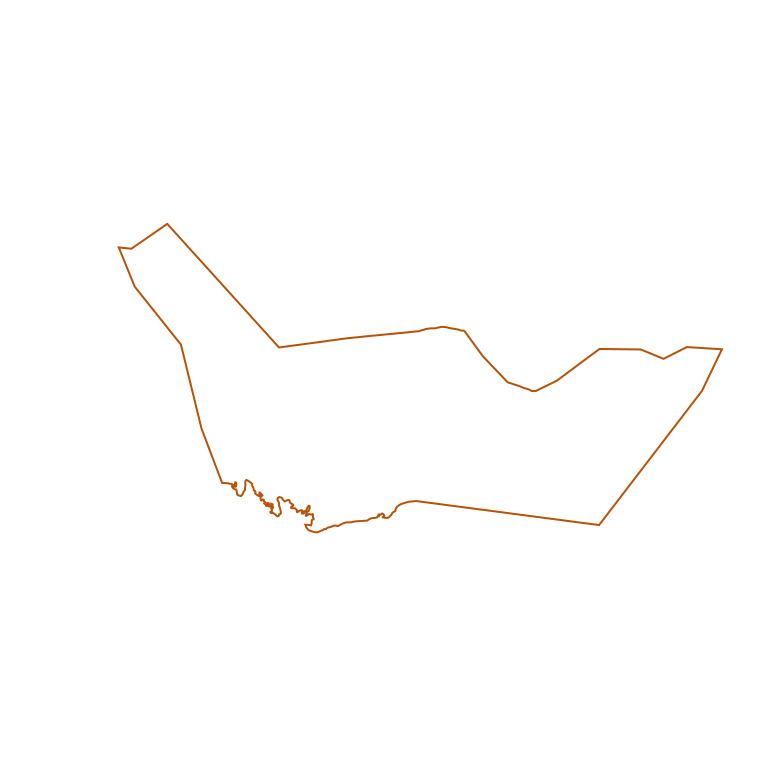 Ulaangom, Uvs, Mongolia, rotated 113°
{"feature_id": "93677404B81994197463432", "entity_name": "Ulaangom", "entity_type": "district", "adm_level": 2, "iso_a3": "MNG", "parent_name": "Mongolia", "parent_adm1": "Uvs", "projection": "albers", "projection_center": [92.268, 50.307], "detail": "fine", "context": "isolated", "style": "outline", "palette": "amber", "viewbox_px": 768, "rotation_deg": 113, "n_neighbors": 0, "source": "geoboundaries", "source_scale": "gbopen_adm2", "svg_char_len": 4423}
<svg xmlns="http://www.w3.org/2000/svg" viewBox="0 0 768 768"><g transform="rotate(113 384 384)"><path d="M220.0,86.5L231.7,119.7L251.6,136.5L251.9,161.2L267.6,199.4L313.4,226.2L331.1,241.5L332.3,244.0L332.7,245.6L332.4,248.5L332.5,250.1L333.0,252.9L333.1,258.5L334.1,270.9L319.7,304.1L303.8,330.6L303.8,331.8L304.7,333.8L304.9,337.2L306.9,345.5L307.3,348.6L308.9,353.4L312.9,358.9L314.4,362.6L316.1,365.4L317.0,366.9L318.8,368.9L319.5,370.0L321.6,372.2L345.6,416.3L356.3,435.8L391.4,494.9L321.3,646.1L358.2,669.4L361.9,681.5L391.8,651.5L427.1,586.3L496.4,534.5L538.9,493.8L538.3,494.4L537.8,492.9L537.3,491.6L536.5,489.4L536.2,487.6L535.5,485.1L535.9,483.9L536.2,482.9L535.3,482.1L534.2,482.2L532.6,482.4L532.6,481.6L534.3,480.7L536.1,480.2L536.8,481.1L537.0,482.7L537.3,483.9L537.9,483.8L538.5,483.0L538.9,482.1L539.2,480.5L538.9,478.7L539.7,478.0L540.6,477.5L542.2,476.6L543.4,475.4L543.3,473.6L543.0,471.8L542.1,471.5L541.1,471.2L539.2,471.1L537.6,471.1L536.2,470.6L533.7,471.3L531.1,472.1L528.7,473.3L527.0,473.6L526.2,473.3L526.1,471.6L526.4,469.9L526.9,468.0L527.5,466.3L528.8,465.8L530.4,463.8L531.2,463.2L533.4,461.9L532.8,462.0L532.8,461.3L533.6,460.1L534.3,460.1L534.9,459.9L535.1,459.6L535.4,458.8L535.7,457.7L536.0,456.9L535.8,455.5L535.7,454.8L535.2,454.7L534.8,455.3L534.1,455.7L533.2,456.0L532.5,456.1L532.4,455.5L532.7,455.2L533.3,454.2L533.4,453.3L533.9,452.4L534.8,452.7L535.8,453.2L536.7,453.3L537.9,452.9L539.0,451.9L539.1,451.4L538.3,451.0L537.8,450.7L537.7,450.1L537.6,449.4L538.8,449.0L539.1,448.4L539.1,447.5L539.3,447.1L540.2,447.3L540.8,447.5L541.0,446.7L541.1,446.0L541.6,445.4L542.2,444.7L542.0,444.1L541.4,444.3L540.4,444.6L539.5,445.0L538.9,444.5L538.8,443.6L539.2,443.1L539.8,442.8L540.6,443.1L541.0,443.2L541.4,442.7L541.6,442.2L541.4,441.6L541.0,440.9L540.7,440.1L540.3,440.1L539.5,440.4L538.7,441.0L538.3,441.1L538.3,440.1L538.3,439.5L539.5,439.6L540.2,439.5L540.2,439.2L540.2,438.2L540.9,437.9L541.6,437.9L541.8,438.7L542.5,439.3L542.8,438.8L543.5,438.0L544.4,437.6L545.1,437.6L545.8,438.6L546.3,438.5L546.8,437.9L546.8,437.0L546.0,435.9L546.1,435.1L546.6,433.8L546.5,432.7L547.3,431.7L547.3,430.3L546.8,429.4L544.6,429.5L544.2,428.6L543.0,428.5L541.3,429.5L538.9,431.3L537.5,432.5L536.9,433.2L536.1,433.5L535.3,433.6L533.5,435.2L532.3,436.8L531.9,437.1L530.4,437.2L529.5,436.6L528.9,436.0L528.9,434.9L528.6,434.0L528.9,433.0L529.8,432.3L530.4,430.8L530.9,429.6L530.2,428.7L529.1,427.9L528.2,427.1L528.0,426.3L528.2,425.5L529.0,425.0L529.8,424.3L530.2,423.0L530.5,421.3L530.6,420.6L531.1,420.1L531.8,420.3L533.0,421.3L534.2,421.3L534.4,420.6L533.7,418.4L533.2,417.2L533.8,416.0L534.1,414.9L534.8,414.6L535.8,414.1L535.7,413.5L534.8,413.1L534.1,412.5L533.5,411.9L532.7,411.2L532.4,410.6L532.3,409.9L532.5,409.6L533.6,409.4L534.6,409.2L535.2,408.9L535.3,408.6L535.2,408.2L534.5,407.3L533.9,407.1L533.4,407.2L532.9,407.6L532.4,407.5L531.1,406.3L530.4,406.1L530.0,406.1L529.1,406.1L527.9,406.2L526.4,406.0L525.4,405.6L525.3,405.1L525.9,404.8L526.4,404.3L527.4,403.8L528.2,403.8L529.7,403.8L530.7,403.8L531.4,404.5L532.4,405.0L533.3,405.0L534.7,404.7L535.8,404.2L535.7,403.8L535.0,403.3L534.2,403.1L533.4,402.9L533.2,402.7L532.9,402.0L532.9,401.3L532.8,400.3L532.6,399.8L532.1,399.4L531.6,398.9L531.6,398.6L532.1,398.2L532.6,398.0L533.7,397.7L534.5,397.3L535.0,396.5L535.4,396.2L536.1,396.0L536.3,396.4L536.7,396.9L537.6,397.2L538.4,397.0L540.0,396.4L541.4,396.1L542.6,395.9L542.7,396.3L543.0,397.7L543.5,399.4L544.3,401.4L544.8,400.8L546.1,399.8L547.6,397.4L548.0,395.6L547.8,392.5L547.5,390.1L546.8,387.8L546.0,386.9L544.8,385.6L543.3,384.2L542.5,383.4L541.8,382.8L540.8,382.3L540.7,381.5L540.3,380.8L539.4,380.3L538.5,380.0L537.0,378.0L535.7,376.5L533.6,374.4L532.8,371.0L528.6,367.5L526.5,365.2L523.9,359.8L522.8,358.6L521.1,355.6L517.5,348.4L516.4,346.2L515.4,345.5L514.6,344.9L513.3,344.0L512.2,342.7L510.4,339.4L509.7,338.5L509.1,338.3L508.5,338.1L508.2,337.9L508.0,337.5L507.9,337.1L507.4,337.2L507.3,337.7L506.8,338.0L506.3,338.0L505.8,337.4L505.8,336.6L505.3,335.8L504.6,335.5L503.9,335.0L504.0,334.2L504.1,333.5L504.7,332.7L505.2,332.3L505.9,332.2L506.2,332.7L507.0,333.1L507.2,332.9L507.1,332.2L506.8,330.9L506.2,329.4L505.6,328.2L504.7,327.3L503.0,326.7L501.3,326.1L499.6,326.0L498.3,325.4L496.7,324.0L495.5,324.2L493.7,324.3L492.4,324.2L489.9,323.0L487.7,321.2L482.6,315.1L479.1,308.4L429.8,130.9L266.0,88.6L220.0,86.5Z" fill="none" stroke="#b45309" stroke-width="2"/></g></svg>